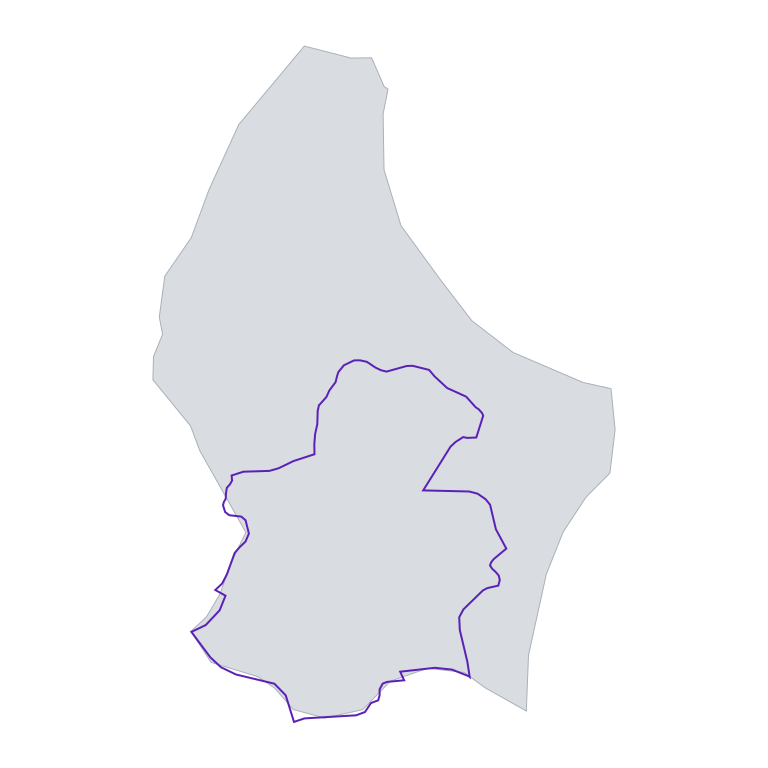 Luxembourg, with Luxembourg highlighted
{"feature_id": "LUX-908", "entity_name": "Luxembourg", "entity_type": "District", "adm_level": 1, "iso_a3": "LUX", "parent_name": "Luxembourg", "parent_adm1": "", "projection": "albers", "projection_center": [6.069, 49.636], "detail": "fine", "context": "in_parent", "style": "outline", "palette": "violet", "viewbox_px": 768, "rotation_deg": 0, "n_neighbors": 0, "source": "natural_earth", "source_scale": "10m", "svg_char_len": 1971}
<svg xmlns="http://www.w3.org/2000/svg" viewBox="0 0 768 768"><path d="M388.0,89.1L383.1,114.0L384.0,169.8L401.0,225.7L441.1,280.7L471.8,320.7L513.1,352.5L583.1,382.5L611.0,388.7L615.1,429.7L609.9,473.1L585.9,497.3L563.2,531.9L546.3,574.2L528.5,655.2L526.3,711.0L485.6,688.1L464.3,672.5L427.4,668.3L390.4,681.1L362.7,709.6L324.7,718.1L293.3,709.5L274.8,688.2L258.2,676.8L211.1,662.4L190.9,631.4L206.4,617.0L219.9,594.2L231.4,562.1L245.9,532.4L199.9,450.9L190.6,426.0L152.9,379.8L153.5,356.5L162.6,334.3L159.3,317.1L164.8,276.2L191.3,237.6L209.0,189.7L238.8,124.5L304.3,46.1L351.1,58.1L371.6,57.8L384.1,86.5L388.0,89.1Z" fill="#d9dde1" stroke="#a8b0b8" stroke-width="1"/><path d="M191.4,631.9L205.8,625.0L219.7,610.2L225.5,595.7L215.3,590.0L222.1,583.6L226.9,574.3L234.7,552.9L239.6,547.2L245.5,541.6L248.9,533.6L245.6,520.3L241.3,516.6L229.2,515.2L225.1,512.0L223.0,505.2L223.9,501.9L225.7,498.9L226.0,492.8L226.9,487.7L229.9,484.4L232.1,480.5L231.6,475.5L243.4,471.7L269.3,470.9L278.5,468.3L293.6,461.0L314.5,454.2L314.3,444.4L315.1,434.2L317.3,424.1L317.7,410.9L318.9,405.4L326.4,397.0L329.4,390.4L335.6,382.1L337.1,375.9L338.4,372.0L344.0,365.2L354.1,360.4L359.9,360.3L366.8,361.8L375.5,367.6L380.9,370.2L386.5,371.6L406.7,366.0L412.6,365.8L429.1,369.9L434.6,376.4L447.1,388.0L466.2,396.7L475.7,407.3L478.6,409.2L482.0,412.9L483.2,415.7L476.3,437.5L467.3,437.9L463.1,437.1L455.5,442.0L450.5,446.7L423.2,490.4L469.3,491.5L477.6,493.7L485.7,499.3L490.1,504.8L495.9,529.3L506.3,548.6L493.6,559.2L491.2,562.3L490.0,565.5L492.3,568.9L495.6,571.9L498.7,575.5L499.8,580.0L498.3,585.6L487.3,588.1L482.8,590.5L463.4,609.4L459.2,617.3L459.8,630.0L467.3,661.5L469.7,677.0L468.7,676.2L452.1,669.6L434.9,667.8L400.2,671.7L404.1,680.3L387.1,681.9L382.7,683.6L379.6,689.3L379.6,695.3L378.2,700.3L370.9,703.1L365.0,712.0L356.2,715.3L304.5,718.4L294.0,721.9L285.7,695.3L274.4,683.7L236.0,674.5L220.9,667.2L210.3,657.3L191.4,631.9Z" fill="none" stroke="#5b21b6" stroke-width="2"/></svg>